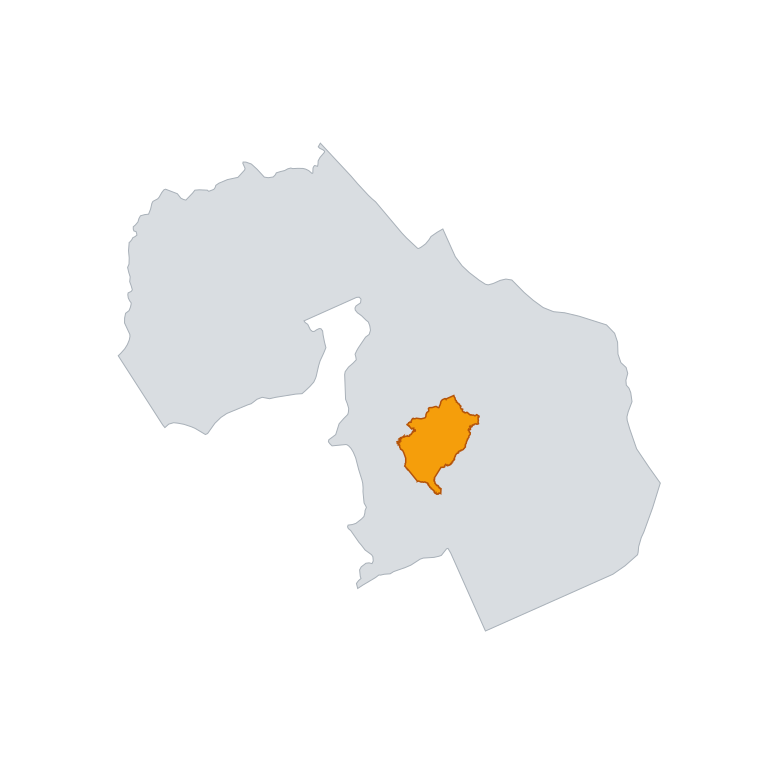 Kasempa, North-Western, Zambia (highlighted), rotated 246°
{"feature_id": "96606910B75049689384444", "entity_name": "Kasempa", "entity_type": "district", "adm_level": 2, "iso_a3": "ZMB", "parent_name": "Zambia", "parent_adm1": "North-Western", "projection": "mercator", "projection_center": [25.871, -13.795], "detail": "fine", "context": "in_parent", "style": "filled", "palette": "amber", "viewbox_px": 768, "rotation_deg": 246, "n_neighbors": 0, "source": "geoboundaries", "source_scale": "gbopen_adm2", "svg_char_len": 9605}
<svg xmlns="http://www.w3.org/2000/svg" viewBox="0 0 768 768"><g transform="rotate(246 384 384)"><path d="M501.7,500.8L471.2,500.9L460.2,503.4L451.1,507.2L440.2,513.1L433.9,517.2L432.2,519.5L431.4,524.5L431.4,532.3L430.3,538.0L427.0,543.1L410.5,549.3L399.7,554.4L389.1,560.5L381.1,568.3L375.6,578.0L366.5,589.9L347.5,611.3L336.5,615.3L327.2,614.4L316.1,609.9L307.2,609.1L300.6,611.9L294.6,611.0L289.0,606.5L284.4,604.9L280.6,606.1L275.8,605.9L267.0,603.4L259.3,595.8L255.2,592.6L252.0,591.4L242.9,590.2L222.0,588.4L200.3,592.2L181.1,596.1L161.7,579.1L143.0,561.1L139.1,556.6L132.0,550.6L126.9,547.7L124.9,546.2L119.9,530.3L117.1,515.7L117.1,376.2L202.3,376.2L207.8,375.6L208.0,374.1L204.1,366.7L204.3,364.1L205.3,359.1L209.0,349.1L209.3,345.8L207.6,334.9L207.7,328.8L208.7,316.5L208.1,312.4L210.1,306.9L210.8,303.2L211.6,301.6L210.6,297.4L208.9,282.9L207.9,276.8L213.0,277.7L214.7,280.7L215.7,283.9L218.0,284.1L224.1,286.1L226.2,288.8L227.6,294.6L226.7,297.6L224.8,300.0L226.7,302.2L230.8,303.6L233.1,303.2L240.0,299.2L246.3,297.7L249.5,296.7L263.6,294.0L266.4,292.6L268.3,292.6L269.7,293.8L268.5,297.9L268.1,301.6L269.8,308.5L271.1,311.8L274.0,314.1L276.2,315.3L278.5,317.8L283.4,317.4L294.2,321.0L297.5,322.6L302.0,324.2L305.2,324.8L316.3,326.1L328.1,328.1L334.2,328.2L338.5,327.7L341.5,326.7L343.4,325.6L344.2,324.6L348.6,311.4L350.9,310.4L353.8,309.7L355.5,310.9L357.4,319.3L365.9,326.8L368.8,333.1L370.9,338.5L372.7,340.0L376.0,341.8L381.1,342.5L385.7,342.7L408.6,351.9L411.1,353.6L413.9,358.5L415.6,364.1L417.4,368.5L420.3,369.3L423.0,369.7L425.6,372.7L427.5,375.3L434.3,386.2L435.3,390.6L438.6,393.5L443.0,394.7L447.1,394.9L449.5,393.6L455.4,391.3L459.9,388.7L463.2,387.8L465.2,388.4L466.7,390.2L467.7,395.6L470.9,397.5L473.3,396.7L474.2,394.6L474.3,393.5L474.2,336.6L472.2,337.0L469.5,338.6L463.5,338.8L461.1,340.0L460.4,341.8L460.9,344.2L461.0,347.4L460.1,348.9L457.4,349.5L453.6,348.3L446.6,346.7L440.8,345.7L436.7,341.4L431.1,335.0L427.4,331.8L418.5,325.1L417.0,323.7L414.3,320.6L411.9,315.3L409.7,309.1L408.5,305.2L410.7,299.2L415.9,279.6L417.1,273.5L421.4,267.3L421.7,261.8L420.0,254.7L420.4,250.8L421.0,228.4L419.8,221.4L416.9,213.5L410.5,202.7L410.5,200.3L420.4,193.3L423.3,190.6L428.5,184.9L431.9,180.0L434.2,176.1L434.9,171.0L433.3,166.1L436.6,165.2L517.9,152.7L519.1,156.0L521.6,161.5L524.4,165.6L527.8,169.2L530.8,171.3L532.8,172.0L545.3,171.8L549.8,173.9L553.7,176.7L554.7,180.9L557.3,183.6L560.1,185.7L561.3,186.0L563.3,185.5L566.7,185.4L569.8,186.3L571.3,187.3L571.4,190.8L572.4,192.4L576.6,193.0L580.9,193.3L585.1,195.7L589.6,196.2L594.8,197.2L597.2,199.8L602.8,202.5L609.6,204.8L617.0,208.8L617.2,210.0L618.4,212.3L619.8,214.0L619.9,216.5L620.5,218.8L622.4,219.3L624.0,219.5L625.5,217.8L627.4,217.9L629.6,218.9L630.4,221.6L632.1,225.1L634.9,227.5L636.7,229.9L636.1,234.1L634.9,238.0L638.7,241.9L643.5,245.5L644.8,247.2L645.2,252.6L646.0,254.4L649.3,258.9L650.9,261.9L650.8,263.7L641.9,272.6L636.4,274.0L634.1,275.9L632.6,277.8L636.2,286.7L638.0,290.1L636.5,294.3L632.9,301.5L631.3,302.2L631.0,307.7L632.1,309.6L633.9,311.2L634.6,314.9L634.4,324.1L632.2,334.6L636.2,343.8L637.6,344.8L643.1,344.8L644.1,345.6L642.8,348.2L638.9,352.3L631.8,355.4L621.7,358.8L619.5,362.2L618.2,367.0L619.3,369.8L620.7,371.5L620.2,375.7L619.4,380.1L619.7,383.6L619.2,386.7L617.9,388.2L616.1,392.9L613.9,397.6L612.2,399.8L609.6,402.0L605.6,403.9L605.7,404.8L610.2,407.0L611.4,408.5L611.8,409.5L609.9,411.9L612.0,413.3L614.6,414.6L617.0,417.7L619.8,423.6L620.3,424.2L621.1,424.3L622.6,423.6L625.4,421.2L627.4,420.4L629.9,423.8L587.5,438.4L577.5,441.4L562.6,446.5L557.8,448.5L553.9,450.4L514.4,461.8L508.2,464.0L494.2,469.9L493.7,470.9L493.9,473.5L495.1,479.0L497.6,484.0L499.6,486.9L501.0,494.3L501.7,500.8Z" fill="#d9dde1" stroke="#a8b0b8" stroke-width="1"/><path d="M281.4,374.9L281.3,376.1L279.4,377.9L279.5,378.1L278.9,378.9L279.0,379.3L278.2,380.1L278.0,380.7L278.0,381.1L278.0,381.5L276.8,382.3L276.7,382.7L276.2,383.2L275.8,383.5L275.6,383.3L275.3,383.6L274.6,383.4L274.5,383.6L274.3,383.4L274.2,383.6L273.8,383.5L273.6,383.7L273.3,383.6L273.3,383.8L272.3,383.8L271.8,384.0L271.3,383.9L271.3,384.1L271.2,384.2L270.6,384.1L269.6,384.7L269.3,384.6L269.3,384.8L269.0,384.7L268.6,385.1L268.2,385.1L267.0,385.8L266.6,385.8L266.6,386.0L266.1,386.0L265.9,386.1L265.4,386.5L265.1,386.3L264.9,386.3L264.6,385.9L264.4,386.0L264.6,386.1L264.4,386.3L263.4,386.2L262.9,386.8L263.0,387.0L262.8,386.9L262.5,387.0L261.9,387.3L261.8,387.5L261.7,387.8L261.9,387.9L261.8,388.2L261.5,388.3L261.3,388.9L261.5,389.3L261.9,389.4L262.0,389.6L261.8,389.9L261.9,390.1L261.5,390.4L261.3,391.1L260.9,391.3L265.2,393.5L265.4,393.3L265.4,393.0L265.6,393.0L265.5,392.8L265.7,392.6L266.4,392.4L266.5,392.2L267.0,392.2L267.1,392.3L267.4,392.1L267.7,392.2L267.9,391.9L268.2,391.9L268.5,392.2L269.0,392.1L269.5,391.8L269.6,391.2L270.1,391.1L270.1,390.8L272.3,390.4L272.4,390.2L272.7,390.1L273.5,390.6L274.7,390.6L274.9,390.5L275.1,390.6L275.1,390.4L275.8,390.6L276.0,390.6L276.1,391.1L276.6,391.3L276.7,391.7L277.7,391.8L284.7,402.2L284.3,402.9L284.3,403.4L283.8,404.0L283.6,405.6L283.7,405.8L283.9,405.7L284.7,406.1L285.5,407.7L285.2,407.8L284.6,408.1L284.2,408.0L283.8,408.5L284.0,408.8L283.8,408.8L283.9,409.0L283.5,409.3L283.6,409.6L283.4,409.7L283.3,410.4L283.5,410.5L283.4,411.2L283.6,411.2L283.7,411.6L283.4,411.9L283.4,412.3L283.7,412.4L283.7,412.6L284.1,412.7L284.0,412.9L284.2,413.1L284.2,413.5L284.1,413.8L284.9,414.3L284.9,414.6L285.1,414.5L285.4,415.0L285.3,415.3L285.6,415.9L285.9,416.1L285.9,416.6L286.2,416.8L286.2,417.2L286.5,417.3L286.3,417.5L286.5,417.8L287.1,417.7L287.2,418.0L287.4,418.0L287.7,418.2L288.0,418.6L288.8,419.2L289.0,419.8L289.7,420.1L289.8,420.4L290.0,420.5L290.9,422.1L291.0,422.5L290.8,422.8L290.9,423.7L291.1,423.8L290.9,424.0L291.3,424.2L291.3,424.5L291.8,424.5L292.1,425.2L292.0,426.1L291.7,426.7L291.9,426.8L291.8,427.1L292.3,427.6L291.8,428.8L292.0,429.9L292.4,430.4L292.5,431.0L293.0,431.8L293.4,432.8L293.8,432.9L294.2,432.9L294.7,433.4L295.2,433.4L295.8,434.0L296.1,434.7L296.5,435.1L297.8,435.9L297.9,436.2L298.2,436.4L298.6,437.0L299.6,437.7L299.6,438.1L299.9,438.1L300.7,439.8L301.0,439.8L302.2,440.7L302.8,442.1L304.4,443.0L305.1,442.4L305.5,442.4L305.9,442.7L306.6,442.5L307.1,442.5L307.3,442.3L307.7,442.2L308.0,442.8L308.4,443.1L307.3,443.9L307.2,444.1L307.4,444.6L307.8,444.8L308.3,444.7L308.9,445.1L309.7,445.0L310.1,444.8L310.3,445.0L309.9,445.2L309.6,445.5L309.7,445.9L310.0,446.0L309.8,446.1L309.3,446.5L309.7,446.8L309.4,447.1L309.7,447.5L310.6,448.1L310.0,449.3L310.5,449.7L310.4,451.2L310.0,452.2L309.5,452.4L309.2,453.6L309.3,454.2L311.0,454.4L312.5,455.5L313.5,455.6L313.9,455.9L314.9,456.1L315.3,457.5L316.1,457.7L316.4,457.6L316.7,456.8L317.3,456.9L318.3,456.3L318.3,455.8L318.0,455.3L317.9,454.3L318.2,453.8L319.1,453.3L319.5,452.2L320.2,451.4L320.2,450.8L320.6,450.7L321.1,449.8L321.6,449.8L322.3,449.2L322.7,449.2L323.2,448.8L323.8,448.8L324.2,448.5L324.5,447.9L324.4,446.9L324.8,446.5L324.8,446.2L325.2,445.8L325.7,445.9L326.2,445.1L327.4,444.6L328.0,444.8L328.5,445.4L329.1,445.6L329.7,444.4L330.2,444.4L331.0,444.2L332.1,444.5L332.3,444.6L332.3,445.1L332.8,445.2L333.7,444.5L334.9,444.7L335.3,444.4L335.6,443.8L337.3,443.6L338.0,442.8L338.9,443.2L339.5,443.2L340.3,442.7L342.5,443.2L343.7,442.9L345.1,443.1L345.1,435.0L344.6,434.4L345.6,434.2L345.9,433.6L345.9,430.9L345.0,429.1L344.0,428.2L343.2,427.8L342.6,427.1L342.0,426.7L341.4,425.8L340.4,425.0L340.1,424.4L340.4,423.9L342.3,422.5L342.6,421.3L342.9,418.3L343.3,417.5L343.9,415.9L343.8,415.1L343.5,414.6L341.9,414.2L341.0,413.7L340.5,411.5L339.1,410.0L337.1,408.9L336.4,407.6L337.1,403.7L339.6,399.6L339.6,398.6L340.2,396.9L340.8,396.7L340.7,395.9L339.6,394.2L339.2,394.1L339.0,393.6L338.0,393.2L338.3,392.5L338.7,392.1L338.5,391.9L338.6,390.8L337.9,390.0L337.7,389.5L337.7,388.6L337.2,388.6L336.9,389.0L336.5,389.0L335.9,389.4L335.7,389.9L335.2,389.7L335.0,390.0L334.4,390.2L334.1,390.1L333.4,390.5L333.1,390.4L332.3,390.7L332.1,391.2L331.7,391.1L331.7,391.4L331.9,391.9L331.5,392.2L331.7,392.6L331.3,392.7L331.3,393.0L331.0,392.8L330.2,392.7L329.8,393.2L329.0,393.3L329.1,393.8L328.7,393.7L328.3,393.5L328.3,393.2L328.7,393.2L328.8,393.0L328.6,392.7L328.8,392.3L329.4,392.3L329.6,392.1L328.3,391.4L328.4,390.9L328.8,390.7L328.6,390.4L328.3,390.4L327.9,390.1L327.7,389.1L327.1,388.7L327.2,388.4L326.9,388.2L326.8,387.7L327.0,387.0L327.0,386.6L326.2,386.3L326.0,385.6L326.4,384.9L327.2,384.3L326.9,384.1L327.1,383.9L327.0,383.6L327.4,382.8L327.3,382.5L327.5,382.0L327.4,381.5L327.6,381.4L327.4,381.0L327.4,380.4L327.7,380.3L328.4,380.9L328.2,380.3L327.9,380.3L327.9,379.6L328.1,378.9L327.7,378.3L327.2,378.0L327.3,377.6L327.5,377.4L328.0,377.9L328.3,377.3L328.1,376.8L327.6,376.0L327.8,375.4L327.7,375.2L327.2,375.8L327.2,376.6L327.0,376.8L326.5,376.6L326.6,376.0L326.4,375.5L326.2,376.2L325.1,376.1L325.2,375.8L325.5,375.8L325.6,375.7L325.8,375.1L325.7,374.8L325.3,375.3L325.1,375.4L324.9,375.1L325.0,374.5L324.5,374.7L324.2,374.6L324.3,374.4L325.2,374.0L325.6,372.9L326.0,372.8L326.0,372.4L325.8,372.4L325.5,372.9L325.1,372.5L325.3,371.9L325.0,372.3L324.7,372.0L324.2,372.0L324.2,372.5L323.5,372.6L323.7,373.0L323.4,373.1L323.3,372.7L323.1,372.8L322.5,372.4L322.5,373.2L321.6,373.4L320.9,372.9L320.3,372.9L319.6,372.6L318.5,372.9L317.7,372.6L317.1,373.2L316.5,373.4L316.5,373.6L315.9,374.0L313.1,374.1L307.9,373.7L307.5,373.7L303.2,371.8L302.6,370.9L301.7,370.7L300.6,369.5L299.2,370.1L298.3,370.1L297.8,370.5L296.9,370.4L297.0,370.1L296.8,370.4L296.6,370.5L296.6,370.9L296.0,371.0L295.9,371.1L295.5,371.0L295.4,371.3L281.5,375.0L281.4,374.9Z" fill="#f59e0b" stroke="#b45309" stroke-width="1.5"/></g></svg>